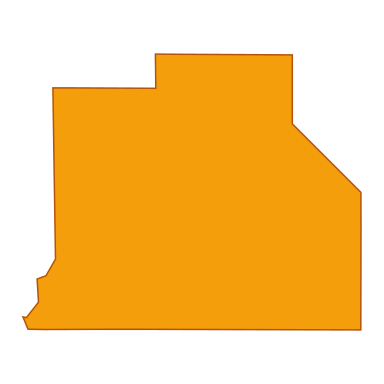 Jackson, Louisiana, United States of America
{"feature_id": "52423323B48909389322021", "entity_name": "Jackson", "entity_type": "district", "adm_level": 2, "iso_a3": "USA", "parent_name": "United States of America", "parent_adm1": "Louisiana", "projection": "robinson", "projection_center": [-92.632, 32.321], "detail": "fine", "context": "isolated", "style": "filled", "palette": "amber", "viewbox_px": 384, "rotation_deg": 0, "n_neighbors": 0, "source": "geoboundaries", "source_scale": "gbopen_adm2", "svg_char_len": 400}
<svg xmlns="http://www.w3.org/2000/svg" viewBox="0 0 384 384"><path d="M52.9,87.9L54.5,194.7L55.5,259.1L46.0,275.7L37.1,279.0L38.5,302.2L26.4,317.6L23.0,316.9L28.0,329.2L43.3,329.5L104.2,329.3L139.8,329.3L360.8,329.9L361.0,226.5L360.9,192.4L354.0,185.5L292.3,123.9L292.3,73.8L292.3,54.9L179.9,54.3L155.4,54.1L155.8,88.3L72.8,87.9L52.9,87.9Z" fill="#f59e0b" stroke="#b45309" stroke-width="1.5"/></svg>